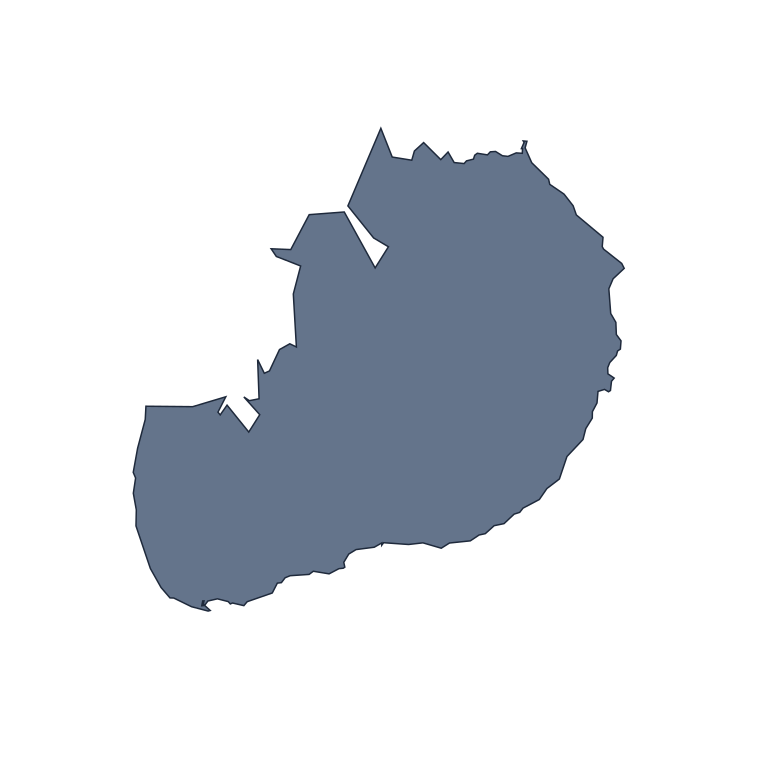 the district of Los Cabos, Baja California Sur, Mexico, rotated 22°
{"feature_id": "50627088B64168457575480", "entity_name": "Los Cabos", "entity_type": "district", "adm_level": 2, "iso_a3": "MEX", "parent_name": "Mexico", "parent_adm1": "Baja California Sur", "projection": "robinson", "projection_center": [-109.801, 23.272], "detail": "medium", "context": "isolated", "style": "filled", "palette": "slate", "viewbox_px": 768, "rotation_deg": 22, "n_neighbors": 0, "source": "geoboundaries", "source_scale": "gbopen_adm2", "svg_char_len": 1970}
<svg xmlns="http://www.w3.org/2000/svg" viewBox="0 0 768 768"><g transform="rotate(22 384 384)"><path d="M171.6,493.8L175.9,506.3L179.6,535.8L184.6,559.9L188.9,564.2L192.5,579.2L201.5,593.5L207.2,608.5L236.5,642.6L253.5,656.2L265.7,662.5L269.2,661.2L289.0,662.6L306.0,660.4L307.7,659.1L300.7,656.5L298.1,657.9L297.2,653.0L298.4,652.5L298.9,655.9L300.8,655.8L302.0,651.2L310.0,645.6L321.1,644.1L323.9,645.5L325.6,643.8L337.1,642.0L338.7,637.1L358.7,619.6L359.7,608.6L363.3,606.6L364.9,600.7L368.8,596.9L385.9,588.6L388.6,584.1L404.2,580.6L411.4,572.1L415.2,570.1L416.3,568.5L413.5,564.4L415.0,554.9L420.1,548.0L436.1,539.0L441.5,532.2L442.3,534.3L443.1,531.3L466.9,523.6L479.6,516.7L498.6,514.8L504.3,506.9L522.8,497.1L528.7,488.4L534.0,484.8L539.2,474.1L547.6,468.5L553.4,455.9L557.9,452.2L559.4,447.0L571.3,432.9L574.2,419.9L582.2,406.4L580.8,382.7L589.3,360.9L587.8,349.8L589.9,337.6L587.6,331.6L588.6,321.8L585.2,310.7L590.5,306.4L595.1,307.1L596.4,305.2L593.9,296.2L595.2,292.3L587.8,290.7L585.3,285.1L585.3,279.5L588.7,270.5L588.2,265.9L590.1,263.1L587.6,255.2L580.9,251.1L575.9,240.0L567.8,233.7L556.8,211.5L557.0,200.6L563.4,186.8L559.3,183.2L537.1,176.7L534.9,174.9L532.1,165.9L499.0,155.2L492.6,147.9L479.8,140.5L462.9,136.8L459.9,132.5L438.1,123.5L426.4,112.2L425.6,105.4L422.0,106.5L423.4,107.6L423.2,114.3L424.3,113.9L425.8,118.3L420.0,120.2L413.7,126.5L408.3,128.0L400.3,126.6L395.6,128.9L394.1,132.8L384.1,135.1L382.4,137.9L382.7,142.0L376.9,146.2L375.7,149.6L366.1,152.4L356.5,144.9L352.6,154.7L330.3,145.3L324.9,156.6L325.9,166.1L306.6,170.5L285.3,148.1L283.8,232.4L319.7,252.5L336.7,255.1L332.3,279.7L282.7,239.4L251.2,255.0L247.2,294.3L228.7,300.9L236.4,306.1L262.5,305.8L266.2,334.5L288.9,382.5L281.6,382.0L274.2,391.2L272.9,414.8L269.0,418.9L257.7,408.7L273.7,444.5L265.4,449.9L258.9,448.5L280.3,459.0L276.6,479.2L246.4,462.4L243.7,474.0L240.6,472.3L242.1,455.1L215.1,476.7L171.6,493.8Z" fill="#64748b" stroke="#1e293b" stroke-width="1.5"/></g></svg>